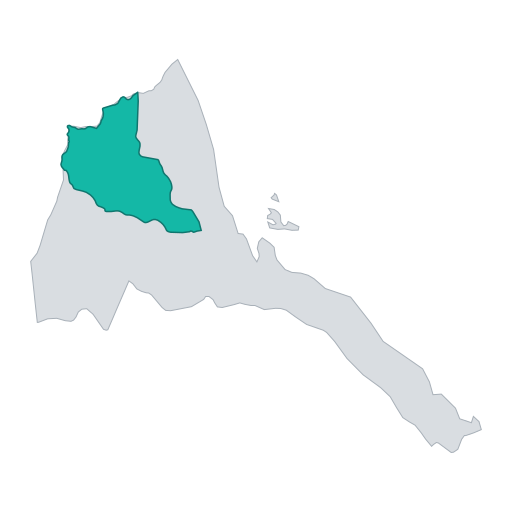 where Anseba sits in Eritrea
{"feature_id": "ERI-1563", "entity_name": "Anseba", "entity_type": "Region", "adm_level": 1, "iso_a3": "ERI", "parent_name": "Eritrea", "parent_adm1": "", "projection": "mercator", "projection_center": [37.716, 16.542], "detail": "fine", "context": "in_parent", "style": "filled", "palette": "teal", "viewbox_px": 512, "rotation_deg": 0, "n_neighbors": 0, "source": "natural_earth", "source_scale": "10m", "svg_char_len": 4616}
<svg xmlns="http://www.w3.org/2000/svg" viewBox="0 0 512 512"><path d="M37.3,322.4L35.1,302.4L33.7,289.0L32.2,274.8L30.7,261.4L37.1,253.2L40.1,245.4L47.7,219.9L50.8,214.8L56.8,201.2L57.6,197.2L63.5,180.0L63.0,168.5L61.8,156.9L65.0,150.0L67.9,144.5L67.7,139.9L69.0,129.0L69.9,126.3L73.5,126.2L80.7,127.6L86.1,126.5L92.3,126.5L97.0,126.1L99.8,122.8L103.7,110.2L106.2,107.6L108.1,106.9L113.6,104.5L118.2,100.8L122.0,98.2L123.4,97.7L127.4,97.3L131.5,95.8L133.3,94.0L138.4,92.6L143.3,93.4L146.7,91.8L148.9,90.8L151.4,90.7L153.8,89.2L154.7,87.0L156.2,85.5L160.1,82.3L161.8,79.9L162.6,77.5L163.4,75.6L165.1,72.3L171.9,64.2L177.7,59.5L198.1,100.4L206.3,124.5L213.6,149.5L219.0,187.2L224.2,206.3L232.5,215.7L238.1,233.5L243.0,234.1L246.5,239.0L252.6,255.7L256.9,261.9L259.2,256.6L259.0,253.5L257.3,248.4L258.8,241.8L262.2,237.8L269.9,243.2L274.1,247.3L275.3,255.5L277.0,260.0L285.1,269.6L291.9,272.4L300.8,273.1L308.2,275.3L314.1,278.8L325.2,288.5L350.6,297.1L371.0,323.2L383.1,341.4L422.6,368.8L429.4,381.9L433.0,394.7L441.3,394.1L455.5,408.2L459.7,418.8L471.4,422.7L473.4,416.4L479.0,421.6L481.3,429.6L473.8,432.8L465.6,435.6L464.4,435.5L461.7,439.2L457.8,449.3L453.5,452.2L451.2,452.5L438.4,443.0L436.4,442.5L433.6,444.4L431.6,446.3L425.6,439.1L421.2,432.8L415.1,425.2L409.2,421.8L402.8,417.6L396.6,407.7L390.2,396.7L380.8,387.8L363.2,374.9L347.0,358.5L334.6,341.4L326.6,332.4L323.2,330.2L306.7,324.5L295.2,316.7L286.3,310.2L280.8,308.5L275.6,308.3L264.3,309.6L255.0,305.5L251.0,305.5L244.8,304.3L239.8,302.9L234.1,304.6L222.2,307.5L217.4,306.9L214.7,302.8L213.1,299.7L209.0,296.5L205.6,296.5L203.7,299.4L191.4,306.7L170.6,310.7L165.7,310.4L162.1,307.5L151.6,295.0L148.6,293.0L146.2,292.8L141.4,291.3L136.8,288.9L132.9,283.8L128.9,280.9L124.6,290.9L117.0,308.4L113.0,317.8L107.8,329.8L106.2,330.2L103.5,329.3L93.1,314.3L86.7,308.7L81.8,309.2L78.3,312.0L76.0,317.0L73.6,320.1L71.0,321.3L65.3,320.7L56.7,318.3L47.7,318.8L38.5,322.3L37.3,322.4ZM280.9,222.0L283.7,225.7L285.6,225.4L287.1,224.1L288.2,221.5L298.9,226.7L298.2,230.1L291.9,230.3L284.6,228.9L277.8,229.4L269.7,227.9L267.8,222.0L273.0,224.8L275.6,224.1L276.1,223.4L272.5,219.4L267.3,218.6L267.7,215.5L270.0,214.3L271.4,212.8L268.5,208.5L274.2,209.5L277.9,212.0L280.3,215.1L280.9,222.0ZM276.5,195.0L278.8,201.7L272.2,199.1L271.1,197.7L274.0,195.1L274.6,193.4L276.5,195.0Z" fill="#d9dde1" stroke="#a8b0b8" stroke-width="1"/><path d="M128.1,99.7L129.7,99.3L131.0,98.3L133.1,95.5L137.6,92.4L137.8,93.2L138.2,101.1L137.1,130.0L136.3,133.4L135.9,134.9L135.7,136.6L136.2,138.0L137.7,140.0L138.7,141.1L139.6,142.4L140.0,143.8L140.0,146.1L139.1,150.6L138.9,152.7L139.3,154.3L140.8,156.0L142.5,156.8L157.8,159.6L158.5,160.2L158.9,161.2L159.4,162.7L160.0,164.1L161.3,166.0L162.1,167.6L163.1,171.4L163.8,173.1L165.3,174.9L166.9,176.2L168.6,178.3L170.6,181.8L171.4,184.2L171.8,186.3L171.9,187.9L171.7,189.2L171.3,190.2L170.7,191.3L170.3,192.6L170.1,194.3L170.2,200.0L171.0,202.3L172.4,204.3L175.7,206.5L178.9,207.8L182.1,208.8L191.2,209.9L192.0,210.6L193.0,211.9L199.0,221.9L201.2,230.4L197.0,231.1L194.5,232.0L193.7,232.2L193.2,232.1L192.4,231.5L191.9,231.2L191.0,231.1L190.4,231.1L189.6,231.7L182.7,232.6L170.4,232.2L168.2,231.6L166.7,230.6L164.9,227.0L163.1,224.5L160.8,222.3L157.7,220.2L155.4,219.5L153.6,219.5L152.0,220.0L148.2,221.9L146.8,222.4L145.1,222.6L143.9,222.1L137.3,217.7L133.4,215.9L131.2,215.3L129.4,215.0L127.1,215.0L125.6,214.7L124.1,213.9L122.2,212.5L119.9,211.3L118.0,210.9L116.1,210.9L111.3,211.5L106.4,211.5L105.4,211.2L105.0,210.7L105.0,210.0L104.9,209.3L104.4,208.6L103.1,207.8L101.1,206.9L98.8,206.2L97.4,205.2L96.3,203.6L95.1,200.6L93.0,197.5L90.4,194.9L86.3,192.3L82.8,191.1L76.5,189.6L75.0,189.0L74.0,188.5L73.6,187.8L72.6,185.6L72.1,184.8L71.5,184.2L70.9,183.8L70.4,183.3L69.9,182.6L69.5,181.5L69.1,179.7L68.6,175.8L68.2,174.0L67.6,172.5L66.3,170.5L64.4,170.2L63.4,168.7L62.3,167.6L61.5,166.3L61.0,164.7L61.1,163.7L61.9,160.9L62.1,159.6L62.0,157.3L62.1,156.0L62.7,154.7L63.7,153.8L65.9,152.2L66.7,151.2L68.3,147.0L68.6,142.8L68.7,142.5L69.2,141.9L69.3,141.6L69.2,141.2L68.8,140.6L68.7,140.3L68.9,137.5L68.7,136.6L68.1,135.7L67.4,135.0L67.2,134.2L68.8,131.9L69.1,130.5L68.9,129.2L67.5,127.3L67.4,126.7L67.5,126.1L68.0,125.6L69.4,125.4L70.4,125.9L71.4,126.6L72.7,127.1L74.4,127.4L75.1,127.6L77.7,129.2L78.4,129.3L82.0,128.7L83.0,128.9L85.0,128.8L88.2,126.8L90.2,126.6L96.5,128.4L100.3,123.8L100.8,122.4L101.2,120.8L102.6,118.2L103.1,116.7L103.4,113.8L103.3,112.5L102.6,109.3L102.7,108.5L103.5,108.0L112.4,105.3L115.1,104.9L117.8,103.4L120.8,98.1L123.1,96.8L124.5,97.2L126.5,99.2L128.1,99.7Z" fill="#14b8a6" stroke="#0f766e" stroke-width="1.5"/></svg>